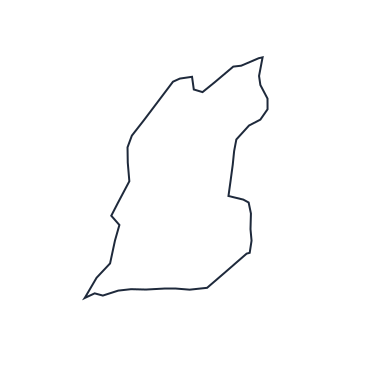 Avesta, Dalarna, Sweden, rotated 128°
{"feature_id": "70781695B88125325572611", "entity_name": "Avesta", "entity_type": "district", "adm_level": 2, "iso_a3": "SWE", "parent_name": "Sweden", "parent_adm1": "Dalarna", "projection": "robinson", "projection_center": [16.37, 60.252], "detail": "fine", "context": "isolated", "style": "outline", "palette": "slate", "viewbox_px": 384, "rotation_deg": 128, "n_neighbors": 0, "source": "geoboundaries", "source_scale": "gbopen_adm2", "svg_char_len": 804}
<svg xmlns="http://www.w3.org/2000/svg" viewBox="0 0 384 384"><g transform="rotate(128 192 192)"><path d="M204.4,109.1L193.7,115.1L185.3,123.0L172.7,132.3L165.4,140.9L166.4,146.9L172.7,160.8L160.1,168.1L145.4,176.7L133.8,184.0L123.3,189.4L104.5,188.0L92.9,182.7L80.3,183.4L71.9,190.0L65.6,204.0L59.3,210.6L42.4,219.3L45.5,221.8L62.2,231.0L67.8,236.7L91.2,241.6L106.8,245.2L110.1,253.7L101.2,262.9L110.1,271.4L116.8,274.9L122.1,274.8L165.0,274.1L184.6,274.1L196.5,270.3L208.4,260.7L222.1,248.0L246.7,243.6L260.4,241.0L262.7,228.9L277.7,222.8L298.7,212.6L318.3,214.4L340.5,211.4L341.6,211.3L331.8,206.3L328.5,198.5L315.1,189.4L306.1,180.2L297.2,168.2L284.9,154.1L278.3,145.7L270.4,133.7L258.2,121.1L254.6,120.4L237.1,116.9L206.9,111.0L204.4,109.1Z" fill="none" stroke="#1e293b" stroke-width="2"/></g></svg>